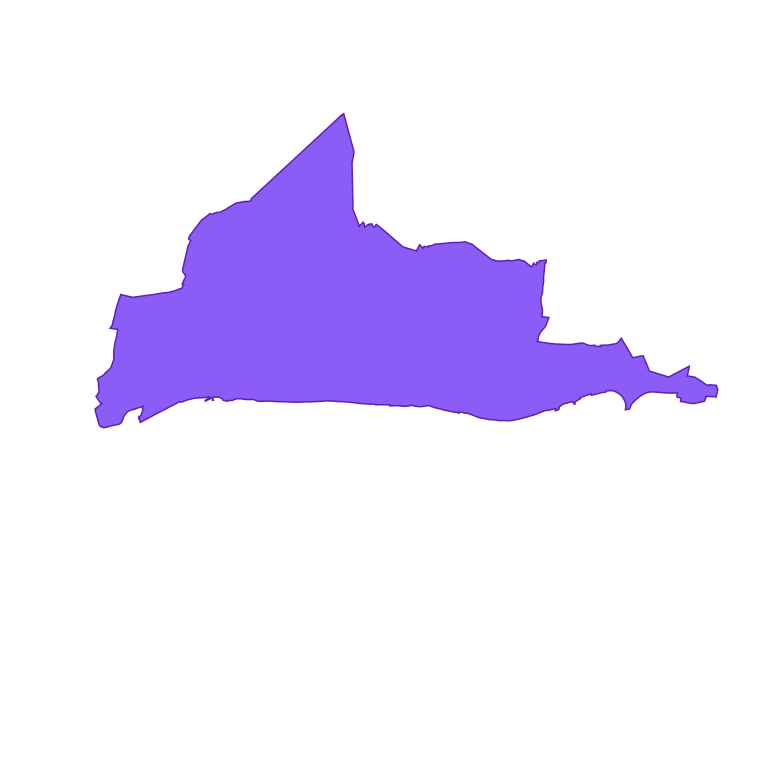 outline of Heerlen, Limburg, Netherlands, rotated 312°
{"feature_id": "6326949B1825961321722", "entity_name": "Heerlen", "entity_type": "district", "adm_level": 2, "iso_a3": "NLD", "parent_name": "Netherlands", "parent_adm1": "Limburg", "projection": "natural_earth1", "projection_center": [5.963, 50.878], "detail": "fine", "context": "isolated", "style": "filled", "palette": "violet", "viewbox_px": 768, "rotation_deg": 312, "n_neighbors": 0, "source": "geoboundaries", "source_scale": "gbopen_adm2", "svg_char_len": 6111}
<svg xmlns="http://www.w3.org/2000/svg" viewBox="0 0 768 768"><g transform="rotate(312 384 384)"><path d="M555.5,172.5L531.3,170.4L433.2,161.4L430.6,162.3L426.8,159.1L427.0,158.7L425.5,157.7L421.7,154.7L419.2,153.0L418.1,152.5L413.9,151.3L411.5,150.4L408.6,149.8L405.0,148.4L402.5,147.5L400.6,146.0L399.8,145.1L399.2,144.6L395.1,142.6L394.5,141.7L394.2,140.6L392.6,140.5L385.2,139.0L382.9,138.8L378.7,139.1L363.7,140.5L362.6,141.0L361.0,141.8L360.8,142.4L361.5,144.3L358.4,145.4L356.6,145.7L354.8,146.4L334.7,157.5L333.8,158.1L332.9,159.3L332.5,160.2L332.3,161.5L332.2,162.9L331.8,163.0L331.9,164.1L331.1,164.7L327.6,166.0L327.5,165.7L323.2,167.2L323.8,168.4L319.6,169.7L318.3,168.7L312.1,165.4L309.2,163.4L309.0,163.5L307.0,161.9L306.0,160.8L302.3,157.6L300.2,156.0L294.1,151.0L291.4,148.6L282.4,141.1L281.5,140.5L281.6,140.4L280.0,138.8L275.8,131.2L274.9,129.7L275.0,129.6L274.4,128.5L267.1,131.6L258.7,135.5L254.8,137.9L250.8,140.1L250.0,140.3L246.3,142.6L242.2,143.2L246.5,149.7L244.5,150.8L240.8,153.2L234.8,156.4L227.9,160.9L223.9,164.6L222.7,165.5L223.0,165.9L221.4,166.8L214.3,169.7L212.2,170.2L211.2,170.2L208.7,169.7L206.4,169.5L204.7,169.6L202.4,169.5L201.7,169.3L197.9,167.9L196.9,167.7L196.1,167.7L195.6,168.2L195.0,169.7L194.6,170.2L193.2,171.7L191.6,173.1L191.1,173.9L189.8,174.9L187.9,177.4L184.0,178.2L182.1,178.3L181.2,181.6L180.3,185.5L180.4,186.5L180.5,186.5L180.5,186.9L180.8,187.4L172.5,186.3L172.8,186.1L172.2,186.0L170.0,188.7L163.1,199.7L162.8,200.5L162.7,201.5L163.2,203.3L163.4,203.4L163.9,204.8L164.6,205.5L166.4,206.8L166.4,207.0L168.8,208.1L176.8,214.0L178.7,214.5L180.0,214.5L181.5,214.1L184.6,212.9L184.8,212.7L185.9,212.3L190.9,211.9L192.1,212.0L193.5,212.5L199.8,216.1L199.5,216.2L200.0,216.5L200.4,216.4L205.2,219.3L206.1,219.9L204.4,220.5L204.0,221.3L203.3,222.2L197.9,224.3L196.7,224.3L195.8,224.0L195.8,223.8L194.7,224.2L194.0,225.2L194.6,225.5L192.4,228.6L211.4,235.4L221.0,239.1L228.8,242.0L230.9,242.9L232.1,243.1L233.3,243.7L236.1,246.4L236.7,246.4L241.5,249.1L243.3,250.3L246.8,252.8L254.2,260.1L255.8,261.5L257.7,262.7L257.6,263.4L255.0,262.9L252.2,262.0L251.7,262.7L258.4,265.3L258.0,266.5L257.1,267.5L257.7,268.0L258.7,266.8L259.9,265.8L260.9,266.6L261.4,267.4L262.8,269.0L263.7,269.7L264.0,270.6L264.3,272.1L264.7,272.6L264.3,275.4L265.8,278.4L268.9,280.8L270.8,282.6L271.0,282.6L272.8,283.4L274.8,284.7L277.5,287.9L279.2,290.5L280.2,291.9L284.7,296.9L285.3,297.7L285.7,298.7L286.0,299.6L286.1,300.1L286.7,301.7L287.9,303.2L289.3,304.8L291.0,306.3L295.2,311.1L300.4,317.6L304.6,322.4L309.5,328.4L312.8,332.1L317.3,336.8L318.5,337.6L318.3,337.7L322.0,341.8L330.6,350.4L333.8,353.3L335.0,355.0L337.7,358.1L340.1,361.5L341.5,363.1L344.2,366.3L347.9,371.2L352.6,377.9L355.1,381.3L356.4,382.8L357.6,384.6L360.7,388.3L360.9,388.3L362.4,390.3L363.4,392.4L363.7,392.4L372.6,402.5L371.7,403.0L373.5,404.8L378.3,410.0L378.1,410.1L379.7,412.4L382.3,415.4L384.3,417.2L385.7,418.1L386.0,417.9L386.4,418.4L387.4,419.9L388.2,421.9L391.3,426.0L392.3,427.0L397.1,431.0L398.4,432.6L400.1,436.8L401.9,440.5L403.3,442.7L404.6,445.7L407.9,451.2L410.0,455.0L411.2,456.6L411.6,457.0L412.5,459.3L413.5,458.7L413.7,458.8L415.4,461.3L415.7,462.3L416.2,463.2L416.7,463.7L417.7,465.3L418.0,465.3L419.7,469.4L422.3,476.4L423.4,478.6L424.5,480.4L426.0,482.5L426.7,484.0L428.5,486.6L429.7,488.3L431.8,490.8L432.8,492.6L435.5,496.0L437.1,497.6L439.7,500.9L443.0,503.9L450.9,509.6L462.1,516.6L465.0,518.1L467.2,519.0L469.3,520.2L471.4,521.1L473.1,522.4L473.9,523.3L474.8,524.0L480.7,528.1L478.8,529.3L482.0,531.0L484.5,529.5L488.2,530.4L490.3,531.3L492.1,532.8L492.4,532.6L495.9,535.0L497.0,536.3L496.9,536.6L497.2,536.8L496.3,538.0L496.7,539.3L498.8,538.0L504.7,539.8L505.1,539.1L508.6,540.7L512.5,542.9L515.3,544.7L514.4,545.6L521.3,550.4L522.8,551.1L526.4,554.3L527.2,553.7L530.0,556.1L531.1,557.4L532.3,559.0L532.9,560.2L534.0,564.2L534.3,568.0L533.2,572.4L532.4,574.4L531.7,575.7L530.6,577.5L529.5,578.6L526.3,580.6L529.9,583.2L533.3,581.7L536.4,581.3L538.4,581.3L538.4,581.6L541.4,581.7L545.3,582.3L547.8,582.8L551.3,584.0L554.8,586.0L556.0,587.0L557.8,588.8L565.2,598.4L568.8,602.8L570.8,605.0L573.7,607.9L570.4,610.2L570.7,611.1L571.1,612.0L572.4,614.2L569.3,616.1L570.4,617.4L573.5,622.7L575.8,626.1L577.1,627.5L578.1,628.4L585.8,633.7L590.0,631.9L590.1,632.2L590.6,631.9L596.1,638.6L596.3,639.5L602.8,636.1L605.0,632.8L605.3,632.1L605.2,631.6L601.1,626.3L600.6,625.9L599.6,625.7L598.9,622.6L598.1,616.0L597.1,610.5L593.0,604.0L599.0,600.6L601.5,598.9L580.4,591.2L579.5,590.7L579.2,590.4L579.4,590.3L571.2,572.6L578.4,557.7L576.1,555.8L570.0,551.3L576.8,529.7L573.3,530.2L569.3,529.6L566.4,527.1L562.5,524.2L558.1,519.4L557.8,519.6L557.3,519.0L556.7,519.7L553.2,515.6L553.9,514.6L551.7,512.8L550.1,510.8L549.3,509.1L547.7,504.8L546.5,503.2L539.4,497.3L538.2,496.2L535.7,493.4L528.0,484.1L526.5,481.8L526.0,481.5L518.0,469.4L519.3,468.8L519.7,469.1L519.9,469.0L520.6,468.2L521.4,467.7L523.2,466.8L525.1,466.2L528.0,465.6L530.3,465.5L533.6,465.6L536.1,465.1L540.2,463.4L543.7,462.1L539.7,456.2L541.8,454.8L544.9,452.4L548.9,447.2L551.0,444.8L553.3,442.7L557.4,441.0L558.3,440.4L562.6,436.9L565.9,434.8L567.2,433.8L570.2,431.1L581.5,422.8L581.8,422.7L582.4,423.3L584.7,421.6L579.5,417.1L578.0,417.8L576.9,416.2L574.8,417.4L573.8,415.9L574.0,414.4L569.7,415.5L569.1,405.5L567.9,403.9L567.0,401.2L566.4,400.6L561.3,396.8L560.6,396.0L559.5,394.1L551.9,387.1L551.5,386.6L551.7,386.4L549.9,384.2L550.2,383.6L549.5,382.7L548.3,379.8L546.7,355.7L544.8,351.4L544.0,349.1L539.9,345.7L538.6,344.1L534.3,339.6L526.2,332.3L521.7,328.0L519.4,327.2L517.5,325.8L516.2,324.5L515.3,325.0L513.1,321.7L511.0,322.2L511.4,317.4L507.5,318.2L504.6,319.1L499.3,308.0L498.5,305.9L498.4,299.3L497.9,277.0L497.5,271.6L495.9,271.6L494.9,272.0L493.6,271.0L494.8,267.7L493.8,267.4L493.9,266.9L492.3,266.5L492.5,265.8L491.1,265.3L487.7,264.9L488.5,263.4L489.1,262.9L489.7,262.3L490.3,260.2L484.4,260.0L484.7,259.3L485.2,259.4L485.5,258.9L493.3,243.2L493.8,243.3L495.2,242.1L526.9,212.3L532.1,209.2L536.1,206.6L536.7,206.0L557.9,173.2L555.2,172.9L555.5,172.5Z" fill="#8b5cf6" stroke="#5b21b6" stroke-width="1.5"/></g></svg>